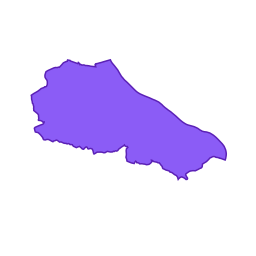 the district of Pojejena, Caras-Severin, Romania, rotated 209°
{"feature_id": "2599482B98015240741621", "entity_name": "Pojejena", "entity_type": "district", "adm_level": 2, "iso_a3": "ROU", "parent_name": "Romania", "parent_adm1": "Caras-Severin", "projection": "mercator", "projection_center": [21.532, 44.807], "detail": "fine", "context": "isolated", "style": "filled", "palette": "violet", "viewbox_px": 256, "rotation_deg": 209, "n_neighbors": 0, "source": "geoboundaries", "source_scale": "gbopen_adm2", "svg_char_len": 4793}
<svg xmlns="http://www.w3.org/2000/svg" viewBox="0 0 256 256"><g transform="rotate(209 128 128)"><path d="M228.5,109.7L227.7,108.9L226.3,106.5L224.5,104.6L223.7,103.4L222.8,103.1L222.4,102.6L221.9,102.1L221.4,101.6L220.9,101.1L220.4,100.2L220.0,99.3L219.4,98.5L218.9,97.6L214.1,96.7L212.7,96.1L212.2,95.3L211.7,94.5L211.1,93.7L210.6,92.9L210.4,91.8L210.0,91.3L208.1,92.1L206.7,92.3L205.3,91.9L204.3,92.6L204.0,91.9L204.3,90.0L205.8,88.4L206.2,87.9L207.0,86.9L207.8,85.9L209.4,83.8L209.6,83.5L209.8,82.4L208.0,80.4L207.1,79.6L204.2,80.4L201.2,79.6L198.0,78.3L196.8,77.2L195.7,76.9L194.4,77.6L193.3,78.8L191.6,79.5L190.4,79.5L189.3,79.5L188.1,79.5L187.0,79.6L186.9,80.4L185.6,81.6L184.9,82.7L183.7,82.9L181.0,82.5L179.7,83.4L176.9,83.6L176.3,83.8L175.7,84.0L175.1,84.3L174.5,84.6L173.6,84.5L172.7,85.4L171.8,85.7L170.7,85.4L169.4,86.1L168.6,86.4L168.2,86.1L167.7,85.9L167.2,85.7L166.8,85.5L166.2,85.7L165.6,85.7L165.0,85.7L164.4,85.7L163.5,85.9L162.9,86.9L162.6,87.2L162.2,87.6L161.8,88.0L161.5,88.4L159.1,87.9L157.8,87.5L156.5,87.9L156.3,88.7L156.1,89.6L155.8,90.4L155.4,91.2L154.3,91.3L153.1,90.4L152.4,90.5L151.9,91.0L151.5,91.4L151.0,91.8L150.5,92.1L149.0,92.2L148.6,91.9L148.2,91.6L147.8,91.3L147.5,91.0L147.1,90.6L146.8,90.3L146.5,89.9L146.2,89.5L145.1,88.8L144.5,89.7L143.3,91.9L142.3,92.5L141.2,93.1L140.2,93.7L139.1,94.2L137.2,94.6L136.1,95.3L134.8,97.5L133.6,97.9L131.9,98.4L130.7,99.1L129.8,99.7L129.6,100.5L128.6,100.8L128.0,101.9L126.6,102.4L126.0,103.4L125.9,104.9L125.7,105.4L125.1,106.7L124.6,107.9L123.9,109.2L123.2,110.4L122.9,111.4L122.2,110.9L120.6,110.9L119.6,111.5L118.7,110.9L119.3,109.1L118.6,107.2L117.0,104.8L116.3,103.5L115.6,101.4L115.2,101.1L114.9,100.8L114.5,100.4L114.1,100.1L113.8,99.8L113.5,99.4L113.2,99.0L112.9,98.6L112.2,98.6L108.2,99.1L105.4,99.9L105.4,101.7L105.2,102.7L104.2,102.5L103.4,101.9L102.9,102.2L102.5,102.4L102.0,102.5L101.5,102.6L100.4,102.3L98.5,103.5L97.9,103.7L97.3,103.9L96.7,104.1L96.2,104.4L93.9,104.9L92.0,106.4L91.2,108.1L90.7,110.3L91.6,110.8L91.9,111.2L91.0,111.4L89.2,111.1L86.2,112.1L84.8,112.1L83.6,112.7L82.6,112.2L81.6,111.7L80.5,111.3L79.4,110.9L78.4,109.8L77.6,109.4L76.9,109.5L76.1,109.6L75.3,109.6L74.5,109.6L71.3,110.4L69.9,109.8L69.5,110.0L69.0,110.1L68.4,110.2L67.9,110.3L67.7,110.3L64.8,109.8L62.6,109.9L60.9,109.1L59.2,107.4L59.1,108.1L58.9,108.8L58.6,109.5L58.3,110.2L57.3,111.3L55.4,111.5L54.8,111.5L54.2,111.5L53.6,111.4L53.0,111.3L52.4,111.1L51.6,111.5L51.3,112.1L51.6,113.0L52.4,113.4L53.2,113.9L54.0,114.4L54.8,114.9L55.1,116.1L53.4,119.6L52.6,120.6L50.5,122.2L48.4,123.2L47.7,124.2L47.0,125.2L46.3,126.2L45.7,127.2L44.5,128.7L44.3,129.8L44.5,130.6L44.8,131.2L45.1,131.9L45.4,132.6L44.8,133.6L44.2,134.7L43.6,135.7L43.0,136.8L42.7,138.0L42.3,139.2L42.0,140.5L41.7,141.7L40.6,143.0L40.3,143.7L39.7,144.3L39.1,144.6L38.9,144.8L38.3,144.9L37.7,145.1L37.4,145.0L36.8,145.0L36.6,145.1L36.4,145.2L35.8,145.5L35.4,145.6L35.1,145.7L34.7,145.8L34.3,145.8L33.9,146.1L33.7,146.0L33.1,146.0L32.5,146.2L32.4,146.3L32.2,146.4L31.9,146.4L31.4,146.5L27.5,147.1L27.8,148.7L28.7,151.3L29.6,153.2L30.7,154.7L32.0,156.2L34.8,158.4L35.9,159.0L38.0,159.9L39.9,160.5L43.7,161.7L46.6,162.5L49.7,163.1L51.1,163.2L54.0,163.3L57.3,162.6L59.5,161.7L60.7,161.4L62.0,161.1L62.4,161.2L64.2,161.2L66.7,161.5L67.4,161.5L70.2,161.3L71.0,161.2L73.5,160.6L76.7,159.8L78.5,159.5L80.4,159.5L83.2,159.7L86.0,160.2L89.0,160.9L91.8,161.6L97.0,162.6L98.4,162.9L101.6,163.2L103.3,163.5L105.6,163.8L108.2,164.4L109.4,164.8L110.3,165.0L113.7,165.6L117.9,165.4L120.0,165.1L123.9,164.8L129.2,164.1L133.8,163.7L135.3,163.7L136.8,163.8L138.3,164.0L140.7,164.6L150.8,167.5L151.7,167.7L152.5,167.9L153.9,168.2L155.7,168.8L156.3,169.1L158.8,170.0L162.6,172.2L165.0,173.7L166.6,174.4L169.9,175.8L173.3,177.1L175.2,178.1L175.4,178.3L176.5,179.1L181.6,174.0L183.0,172.5L184.6,171.0L185.2,170.4L186.0,169.6L187.0,168.8L187.3,168.6L187.0,167.9L187.5,167.6L187.3,167.2L187.2,167.2L185.9,165.9L186.6,165.6L190.7,163.9L192.2,163.5L192.3,163.5L192.8,163.3L193.3,163.0L193.7,162.9L193.8,162.9L195.8,161.9L196.8,161.9L197.2,161.7L197.6,161.5L198.0,161.3L198.3,161.0L198.7,160.7L200.1,160.7L200.5,160.4L200.8,160.1L201.4,160.8L201.8,160.9L202.3,161.0L202.7,161.1L203.2,161.2L203.0,160.0L210.8,158.7L211.4,159.0L213.8,158.2L213.5,156.9L214.2,156.2L214.9,155.4L215.5,154.5L216.1,153.7L216.4,152.2L216.7,150.8L217.1,149.3L217.5,147.8L218.4,147.5L219.1,146.6L220.9,145.7L222.1,144.5L225.8,139.6L227.0,137.6L226.8,136.1L226.3,134.0L225.3,132.3L223.9,131.3L223.3,131.1L222.6,130.8L222.0,130.4L221.5,130.0L221.0,129.3L220.5,128.5L220.1,127.7L219.7,126.9L219.5,125.0L219.9,124.2L220.8,123.7L221.2,122.6L223.1,120.4L223.4,119.6L223.7,118.7L224.1,117.9L224.4,117.1L225.1,115.8L225.8,114.6L226.5,113.5L227.2,112.3L228.5,109.7Z" fill="#8b5cf6" stroke="#5b21b6" stroke-width="1.5"/></g></svg>